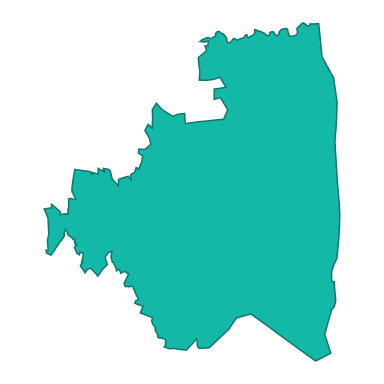 outline of Ehlanzeni, Mpumalanga, South Africa
{"feature_id": "47623444B37290189898198", "entity_name": "Ehlanzeni", "entity_type": "district", "adm_level": 2, "iso_a3": "ZAF", "parent_name": "South Africa", "parent_adm1": "Mpumalanga", "projection": "robinson", "projection_center": [30.857, -24.99], "detail": "fine", "context": "isolated", "style": "filled", "palette": "teal", "viewbox_px": 384, "rotation_deg": 0, "n_neighbors": 0, "source": "geoboundaries", "source_scale": "gbopen_adm2", "svg_char_len": 5649}
<svg xmlns="http://www.w3.org/2000/svg" viewBox="0 0 384 384"><path d="M318.6,23.6L314.1,24.0L313.0,23.8L312.3,24.0L311.2,24.0L310.7,23.8L310.1,23.9L309.8,24.2L309.6,24.6L309.7,25.0L309.7,25.6L309.4,25.9L309.1,26.0L308.3,26.1L307.9,26.0L307.2,25.7L306.7,25.2L306.3,25.1L305.7,24.8L305.3,24.2L304.7,23.9L304.0,23.2L303.7,23.1L303.1,23.0L302.2,23.4L301.8,23.6L301.3,24.2L300.6,24.8L300.0,25.5L299.5,25.8L298.8,26.8L298.5,27.0L297.4,27.7L297.1,28.1L296.9,28.6L296.9,29.3L297.2,30.5L297.3,31.0L297.4,31.5L297.5,32.7L297.2,33.9L296.6,34.5L295.8,35.1L294.8,35.7L292.3,36.2L290.7,36.2L289.7,36.1L289.2,35.7L289.0,35.4L288.8,34.5L288.6,34.2L288.5,33.8L288.4,33.4L288.0,32.1L287.9,31.4L287.8,30.8L287.7,30.4L287.6,29.7L287.2,29.0L286.7,28.7L286.2,28.5L285.2,28.6L283.3,28.9L282.3,29.2L281.5,29.5L280.7,30.1L279.7,31.4L279.3,31.9L279.0,32.3L279.0,32.9L279.0,33.7L278.8,34.1L278.5,34.6L277.7,35.5L277.4,35.6L276.9,35.6L275.8,35.0L274.8,34.1L274.3,33.2L273.9,32.4L273.5,31.9L273.1,31.7L272.0,31.8L270.7,32.1L270.2,32.4L269.9,32.8L269.7,33.3L269.6,33.7L269.5,34.7L269.4,35.2L268.7,35.5L267.8,35.7L267.4,35.7L266.2,35.3L266.0,35.0L264.7,33.4L264.0,33.0L263.3,32.8L262.3,32.4L260.6,31.5L259.1,31.2L257.8,31.1L257.4,30.9L256.4,30.1L256.1,29.7L255.7,29.5L254.7,29.7L254.7,30.3L254.7,32.6L254.4,33.2L254.0,34.0L253.3,34.9L252.9,35.3L251.7,35.6L251.1,36.0L250.1,36.7L248.7,37.5L248.2,37.5L247.7,37.2L247.4,36.6L247.1,35.7L246.9,34.9L246.4,34.8L245.8,34.9L245.0,35.8L244.2,36.9L243.8,37.6L243.0,38.1L241.5,38.4L240.5,38.7L239.7,39.2L238.9,39.5L238.2,39.6L237.4,40.0L236.9,40.1L236.3,39.8L235.8,39.5L235.1,38.8L234.6,38.5L233.9,38.4L233.5,38.6L232.6,39.5L232.0,40.5L230.8,41.9L229.2,42.9L228.2,43.1L227.8,42.9L227.5,42.5L227.1,41.2L226.9,40.0L226.8,38.7L226.5,38.1L226.1,37.4L225.5,36.7L225.0,35.8L224.1,34.8L222.9,33.8L222.3,33.5L221.6,33.3L220.9,33.1L220.5,32.8L220.2,32.5L219.5,31.7L219.2,31.4L218.7,31.4L218.3,31.5L216.8,32.0L216.5,32.3L216.1,32.7L215.8,33.6L215.8,34.2L215.7,34.5L215.8,35.1L215.8,35.6L215.6,36.0L214.9,36.1L214.6,36.2L213.2,37.2L212.9,37.5L212.6,37.7L212.4,37.8L210.4,38.5L210.1,38.5L209.8,38.4L209.1,37.8L208.9,37.7L208.5,37.6L208.2,37.6L206.7,37.9L205.8,38.0L205.4,38.2L204.9,38.7L204.7,38.8L203.9,39.0L202.8,39.5L202.2,39.8L201.5,40.1L200.8,41.2L200.5,41.4L200.3,41.5L203.5,42.0L208.5,41.3L207.7,46.1L205.0,45.8L206.6,50.6L202.6,54.1L198.3,57.5L199.0,65.0L199.8,71.7L199.4,78.3L199.2,80.1L205.9,80.4L213.1,79.5L215.0,78.9L220.0,77.2L220.9,78.9L224.1,84.3L226.0,87.4L214.2,89.1L214.2,99.4L220.4,97.6L222.8,101.6L227.7,109.7L223.7,119.3L220.8,119.5L215.3,120.0L207.1,121.0L205.4,121.1L203.5,121.3L198.9,121.7L191.7,122.7L185.3,123.6L184.6,113.5L178.7,114.1L178.0,114.2L172.7,116.3L166.2,112.2L162.7,110.0L162.2,109.7L160.2,107.5L156.4,103.2L152.3,109.6L152.6,117.9L152.4,122.3L152.3,128.1L148.1,124.4L144.9,130.6L145.2,131.0L149.3,137.9L150.8,144.3L145.8,148.8L144.8,149.4L138.8,149.1L138.4,153.2L142.8,155.9L141.6,162.1L138.6,169.0L136.2,167.5L134.7,172.2L130.9,174.6L130.7,174.7L130.8,179.7L128.2,176.3L125.6,177.0L118.6,179.3L118.5,180.9L118.6,181.0L118.6,181.6L118.5,182.9L118.3,185.8L117.5,185.0L116.9,184.2L115.2,182.3L112.2,178.9L110.2,170.9L108.4,169.3L103.3,168.4L103.4,168.7L103.4,168.8L103.3,169.3L103.4,169.6L103.3,170.1L103.4,170.5L103.5,170.5L103.9,170.3L104.0,170.3L104.2,170.5L104.3,171.0L104.6,171.5L104.5,171.8L104.2,172.0L98.2,168.4L98.0,171.2L98.1,172.3L98.0,174.1L92.7,172.6L91.9,172.3L91.6,172.5L91.8,173.1L91.8,173.4L91.8,173.6L92.1,173.8L92.1,174.1L91.6,174.0L91.5,174.4L91.3,174.2L91.3,173.8L90.0,171.5L82.6,170.6L75.7,169.6L74.8,169.4L72.9,180.6L71.9,188.5L71.9,189.0L72.0,191.8L73.0,191.9L73.0,193.5L74.9,197.4L75.6,198.8L75.8,199.7L70.1,198.3L68.6,199.0L68.6,208.7L68.0,208.9L68.0,214.3L64.7,213.8L60.3,214.6L60.2,211.7L55.4,207.4L51.5,204.3L51.5,207.8L44.2,209.0L46.5,214.3L48.0,217.8L48.7,232.3L49.1,232.3L48.6,235.4L47.4,240.4L48.2,250.6L46.0,250.2L46.4,253.0L51.0,255.2L57.3,246.0L59.3,242.8L62.1,239.6L62.6,238.0L63.4,238.0L64.8,234.2L63.9,234.1L64.7,231.4L65.4,229.2L67.7,233.2L67.9,234.8L72.6,238.3L73.2,239.6L74.2,239.3L74.7,239.8L74.6,242.8L75.3,244.2L75.6,242.9L76.6,245.3L74.4,247.2L75.0,248.6L76.9,253.3L78.0,254.1L79.5,254.9L80.0,252.1L83.5,253.4L82.9,256.9L81.7,262.4L82.3,262.2L80.3,266.0L80.6,266.4L81.8,268.1L83.4,270.1L85.1,272.8L87.4,269.4L90.7,268.1L95.3,273.0L97.8,276.1L103.1,268.7L103.2,268.8L107.4,264.5L105.0,257.4L108.3,252.6L111.9,251.4L110.9,257.4L111.1,257.7L112.4,262.3L113.4,262.4L116.4,269.3L116.5,270.9L119.3,269.1L120.7,273.3L123.7,271.7L125.5,271.9L126.4,272.2L127.4,273.7L128.2,273.6L128.6,274.2L127.3,276.9L127.0,277.4L124.1,283.3L125.1,286.4L128.9,286.6L129.9,286.9L131.6,286.0L132.7,286.4L135.2,292.7L138.3,299.0L137.3,300.3L135.8,300.7L134.8,303.3L143.0,306.3L140.3,312.9L152.7,317.7L152.3,318.9L151.6,320.7L152.3,322.9L153.6,325.6L155.5,327.3L155.4,327.8L155.1,328.2L155.5,331.3L156.8,332.8L158.1,335.9L157.6,336.8L158.6,337.9L161.9,338.1L164.4,339.0L165.7,340.4L165.4,345.8L164.2,346.9L169.5,348.7L173.9,348.5L180.2,349.5L186.5,350.1L189.0,347.3L193.0,343.0L196.7,338.6L197.2,341.6L197.4,346.4L199.1,348.3L209.2,347.8L228.9,329.2L236.4,318.0L250.9,313.9L268.6,326.7L277.7,333.5L315.6,361.0L330.8,353.2L324.7,334.4L331.6,309.7L334.1,306.9L335.6,301.6L335.6,298.4L334.9,291.6L334.2,281.7L332.1,281.3L331.5,279.0L331.6,276.2L331.6,273.1L331.8,271.7L331.9,270.1L333.3,266.9L333.2,266.8L333.2,266.5L333.3,265.9L333.5,265.4L336.8,258.6L337.0,258.2L337.0,257.6L338.1,245.5L339.1,234.0L339.5,224.3L339.8,215.8L339.3,204.6L337.3,181.1L334.9,141.7L336.4,122.5L337.1,102.3L333.4,76.8L332.5,76.0L322.0,56.7L319.0,26.4L318.6,23.6Z" fill="#14b8a6" stroke="#0f766e" stroke-width="1.5"/></svg>